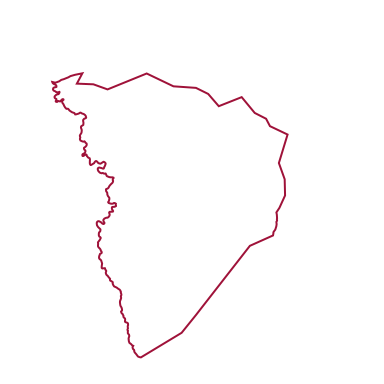 Bo'mbogor, Bayanhongor, Mongolia (Albers equal-area conic projection), rotated 344°
{"feature_id": "93677404B12243901398913", "entity_name": "Bo'mbogor", "entity_type": "district", "adm_level": 2, "iso_a3": "MNG", "parent_name": "Mongolia", "parent_adm1": "Bayanhongor", "projection": "albers", "projection_center": [99.341, 46.245], "detail": "fine", "context": "isolated", "style": "outline", "palette": "rose", "viewbox_px": 384, "rotation_deg": 344, "n_neighbors": 0, "source": "geoboundaries", "source_scale": "gbopen_adm2", "svg_char_len": 5790}
<svg xmlns="http://www.w3.org/2000/svg" viewBox="0 0 384 384"><g transform="rotate(344 192 192)"><path d="M257.9,256.1L258.7,254.5L259.2,253.1L260.0,252.4L261.7,251.1L263.6,248.2L264.5,246.2L264.7,244.8L265.0,243.8L265.7,243.2L266.0,242.6L266.1,241.5L266.5,240.8L267.3,237.2L267.5,234.9L271.7,231.3L280.5,221.0L284.6,205.3L283.5,188.1L299.7,163.1L285.1,150.2L283.4,142.0L274.1,133.3L265.9,114.5L241.4,116.9L234.6,102.2L224.5,93.0L203.3,85.3L181.1,65.6L139.1,70.1L126.9,61.3L111.2,56.1L119.3,47.7L111.9,47.1L107.1,47.1L104.7,47.7L102.5,47.9L99.9,48.2L97.3,48.2L94.8,49.0L93.3,49.1L92.5,49.2L90.6,49.2L88.0,47.7L88.0,48.1L88.2,49.0L88.8,49.9L90.4,51.3L90.8,52.0L90.9,52.6L90.8,53.1L90.6,53.6L90.2,53.7L88.6,53.5L87.8,53.7L87.2,54.0L86.7,54.9L86.7,55.6L87.0,56.4L88.5,57.7L88.8,58.3L89.8,59.0L91.0,59.3L92.1,59.2L92.2,59.4L92.0,59.9L91.3,60.6L90.7,61.1L88.9,61.0L87.9,61.3L86.5,62.1L86.1,62.6L86.0,63.0L86.0,63.6L86.2,64.1L87.2,65.2L87.2,65.6L87.0,66.1L86.1,67.0L86.0,67.4L86.3,67.9L87.1,68.2L87.9,67.9L88.3,67.6L88.7,67.8L90.2,68.6L90.7,68.4L91.5,67.8L92.4,67.4L92.9,67.1L93.6,67.2L93.9,67.5L93.9,67.9L92.6,68.6L92.1,69.1L92.0,69.6L92.1,71.0L92.6,72.0L92.9,74.1L93.3,75.6L93.8,76.7L94.2,77.4L95.1,77.6L95.8,77.9L96.1,78.4L96.7,79.9L98.6,82.2L100.7,83.7L101.1,85.2L101.8,85.4L104.7,85.4L105.9,85.0L106.4,84.9L106.9,85.1L107.9,86.2L109.4,87.2L110.4,88.5L110.8,89.5L110.8,91.2L110.6,91.5L110.2,91.7L108.5,91.9L107.3,92.7L107.1,93.1L106.9,93.9L106.8,95.2L106.6,96.0L106.3,96.8L106.0,97.5L105.6,97.7L104.5,98.0L103.8,98.2L103.3,98.7L103.1,99.2L103.0,99.9L103.1,101.3L103.1,102.1L102.4,104.0L101.9,104.8L100.2,106.3L99.7,107.0L99.6,108.0L99.7,108.6L98.9,110.1L98.8,110.6L99.0,111.8L100.6,113.2L101.6,113.7L102.6,113.7L103.0,114.4L103.1,114.9L103.3,115.4L104.0,116.3L104.0,116.8L103.9,117.3L103.7,117.8L103.1,118.5L102.0,119.2L100.5,119.7L100.2,120.1L100.1,120.9L100.2,121.6L100.7,122.3L100.9,122.7L100.8,123.4L100.6,123.9L99.9,124.7L99.2,125.1L98.3,125.3L97.7,125.4L97.1,125.7L96.9,126.0L96.7,126.8L96.8,127.2L97.3,127.4L98.1,127.3L98.7,127.0L99.5,126.8L100.4,126.7L100.7,126.9L100.9,127.3L100.8,128.0L100.9,128.6L101.2,129.0L101.4,129.8L101.8,130.4L102.9,131.4L102.9,131.8L102.9,132.5L102.4,133.9L101.8,135.8L101.6,136.9L101.8,137.7L102.0,138.1L102.5,138.2L103.3,138.0L104.3,137.7L105.8,137.3L106.4,136.7L106.9,136.3L107.8,135.8L108.1,135.8L108.5,135.9L108.9,136.3L109.4,137.1L109.7,138.0L110.2,138.6L111.2,139.2L111.4,139.4L111.7,139.5L112.5,139.4L115.0,138.6L115.4,138.6L115.7,138.8L116.4,139.6L116.7,140.1L116.8,140.8L116.5,141.5L115.4,143.0L114.8,143.5L114.0,144.6L113.7,145.0L113.1,145.1L112.4,144.7L111.7,144.1L109.5,142.9L108.6,143.0L108.0,143.4L107.7,144.0L107.6,145.0L107.8,146.2L108.7,147.9L109.5,148.6L110.4,149.1L111.3,149.1L111.7,149.3L112.4,150.0L113.1,150.3L113.5,150.3L114.0,150.4L114.2,150.9L114.4,152.8L114.7,153.4L116.6,154.9L118.0,155.5L119.7,156.0L120.5,156.6L120.5,156.9L120.0,157.3L119.5,157.8L119.2,158.3L119.1,158.8L119.2,159.6L118.9,160.3L118.3,161.0L117.8,161.4L116.7,161.9L115.2,162.8L114.1,163.6L113.2,164.6L112.6,165.1L111.9,165.4L111.2,165.5L110.4,165.5L110.0,165.9L109.7,167.5L109.8,168.0L110.1,168.6L110.3,169.4L109.9,171.2L110.1,172.8L110.7,174.2L110.9,174.9L110.6,176.1L110.2,176.6L110.0,177.2L109.5,177.9L108.8,178.4L108.6,178.9L108.9,179.6L110.7,180.8L111.7,181.2L112.8,181.4L113.6,181.1L114.1,181.1L114.6,181.3L115.2,181.8L115.6,182.3L115.2,183.0L115.2,183.5L115.2,184.1L115.0,184.6L114.2,184.8L113.0,184.8L111.3,184.4L111.0,184.6L110.6,185.1L110.4,186.0L110.4,186.9L110.8,187.9L110.9,188.6L110.6,189.0L110.2,189.0L109.6,188.9L108.0,188.5L107.3,188.4L106.9,188.7L106.6,189.2L106.7,190.4L106.6,191.2L106.2,191.9L105.6,192.5L104.7,193.1L103.8,193.4L102.5,193.1L100.5,193.4L99.3,194.2L99.0,194.8L98.9,195.4L99.0,196.4L99.3,197.1L99.3,197.6L99.1,198.0L98.3,198.4L97.8,198.2L97.1,197.6L96.1,195.9L94.6,194.5L93.7,194.2L92.7,194.5L92.0,195.3L91.7,196.2L91.5,197.9L92.1,199.9L93.3,201.9L93.6,202.5L93.6,203.0L93.3,203.8L92.9,204.5L92.3,204.9L91.6,205.2L91.1,206.0L90.8,206.9L90.5,207.9L90.5,208.6L90.7,209.4L91.3,210.0L91.6,210.6L91.5,211.2L90.2,212.6L87.8,214.4L87.6,214.9L87.5,216.0L87.0,217.1L86.7,218.3L86.9,219.4L87.4,220.3L87.9,221.2L88.2,222.2L88.2,223.5L88.6,224.2L88.6,224.8L88.5,225.4L88.0,225.9L87.1,226.0L86.5,226.2L86.1,226.7L85.6,227.6L85.1,228.0L84.5,229.6L84.5,230.3L84.8,231.2L85.2,231.5L85.8,232.7L85.9,235.9L84.7,238.6L84.3,240.0L84.5,240.5L84.8,240.8L86.8,241.1L87.3,241.3L87.3,241.7L87.3,242.7L87.7,243.7L87.8,244.1L87.6,244.7L87.0,245.5L86.8,246.2L86.8,247.1L87.0,248.1L88.0,249.7L88.4,251.0L88.9,251.9L89.3,252.9L89.0,253.5L88.9,254.1L89.0,254.6L90.0,255.6L90.6,256.3L90.9,256.7L90.9,257.0L90.8,257.6L90.6,257.8L90.5,258.5L90.7,259.9L91.1,261.2L91.7,261.8L92.8,262.7L93.5,263.4L94.0,264.2L95.5,265.9L96.0,267.1L95.9,267.6L96.1,268.2L96.1,268.6L95.8,269.1L95.8,269.6L95.9,270.2L95.9,270.6L95.8,271.3L95.4,272.0L95.0,272.3L94.8,273.1L94.7,274.3L94.3,275.0L92.7,277.1L92.3,278.3L92.1,279.5L91.9,280.9L91.9,281.8L92.4,283.6L92.4,284.3L92.4,285.4L92.3,285.9L92.1,286.5L91.7,286.9L90.9,287.3L90.8,287.6L90.9,288.8L91.1,289.4L91.7,290.2L91.7,290.9L91.9,291.4L92.0,292.1L91.7,293.0L91.8,293.7L92.7,295.1L92.7,295.8L92.3,296.9L92.0,297.6L91.9,298.1L92.1,298.7L93.4,299.6L94.0,300.2L94.2,300.7L93.9,302.3L93.3,303.1L93.0,304.1L92.9,305.3L92.7,305.6L92.2,306.2L92.0,306.6L92.0,307.3L92.2,307.7L91.9,308.3L91.4,310.0L91.5,310.5L91.8,311.1L92.1,311.8L92.1,312.6L91.9,313.4L91.0,314.7L90.5,315.8L90.5,316.5L90.2,317.7L90.2,318.9L90.3,319.8L91.5,321.4L92.0,322.4L92.2,322.9L92.9,323.5L93.1,323.7L92.4,324.3L92.0,325.1L92.0,326.3L92.2,327.0L92.7,327.6L92.8,328.4L92.6,329.0L92.6,329.7L92.7,330.4L93.6,332.3L94.7,335.2L95.9,336.2L97.3,336.9L143.2,324.5L162.1,311.2L169.9,305.5L232.8,259.7L257.9,256.1Z" fill="none" stroke="#9f1239" stroke-width="2"/></g></svg>